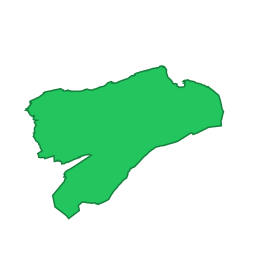 outline of Meldal nor, Sør-Trøndelag, Norway, rotated 339°
{"feature_id": "86288312B14672421796799", "entity_name": "Meldal nor", "entity_type": "district", "adm_level": 2, "iso_a3": "NOR", "parent_name": "Norway", "parent_adm1": "Sør-Trøndelag", "projection": "robinson", "projection_center": [9.604, 63.038], "detail": "fine", "context": "isolated", "style": "filled", "palette": "green", "viewbox_px": 256, "rotation_deg": 339, "n_neighbors": 0, "source": "geoboundaries", "source_scale": "gbopen_adm2", "svg_char_len": 5222}
<svg xmlns="http://www.w3.org/2000/svg" viewBox="0 0 256 256"><g transform="rotate(339 128 128)"><path d="M48.3,67.7L46.1,68.0L45.9,68.2L46.1,68.4L46.1,68.5L46.1,68.8L46.4,68.9L46.3,69.0L46.0,69.1L45.9,69.2L46.0,69.4L45.7,69.5L45.8,69.6L46.1,69.7L46.0,69.8L46.0,70.0L46.6,70.2L46.5,70.4L46.4,70.4L46.5,70.5L46.0,70.7L45.9,71.0L45.4,71.3L45.3,71.5L44.8,71.5L44.1,71.7L44.1,71.8L44.0,72.0L43.6,72.0L43.9,72.1L43.6,72.3L43.5,72.5L42.9,72.9L42.6,73.0L42.3,73.1L42.2,73.3L41.7,73.3L41.6,73.6L41.1,73.7L40.8,73.7L40.7,73.9L40.3,73.8L40.4,74.0L40.2,74.2L39.9,74.3L39.6,74.2L39.6,74.3L39.8,74.5L39.5,74.6L39.8,74.7L39.4,74.8L39.7,74.9L39.8,75.0L39.7,75.1L40.0,75.3L39.9,75.6L40.3,75.9L40.6,76.0L40.9,76.4L41.0,77.2L40.8,77.7L41.2,79.5L41.4,80.8L42.4,82.2L42.8,83.0L44.3,82.7L44.4,82.9L44.9,83.1L44.8,83.5L43.7,84.4L42.7,86.0L43.1,86.7L43.7,87.1L45.2,87.8L45.7,88.1L44.7,88.1L43.3,88.9L42.6,89.1L42.8,90.7L43.4,92.3L40.6,94.6L40.1,96.0L39.7,96.9L39.3,99.1L38.0,98.9L37.8,100.6L37.1,101.9L36.7,101.9L36.8,102.7L37.4,105.6L37.4,106.8L37.8,107.5L38.7,108.9L38.8,109.3L39.1,109.8L39.1,110.3L38.9,111.0L38.9,111.4L39.3,112.2L39.4,113.2L39.0,115.4L39.4,116.6L39.3,117.8L39.6,118.5L38.0,118.8L34.6,119.5L34.8,120.9L34.2,123.4L35.8,124.4L37.6,124.9L38.0,125.1L38.3,125.1L39.0,125.3L39.3,126.4L39.4,126.8L42.1,127.0L44.9,127.1L45.3,127.1L46.2,127.4L47.5,127.3L48.4,127.3L48.9,127.5L47.2,132.8L51.0,133.6L50.8,132.9L51.2,132.9L51.9,134.4L52.7,134.6L53.4,135.0L53.5,135.7L53.5,136.7L53.3,137.7L53.5,138.0L55.3,138.0L55.5,138.4L55.9,138.4L56.0,138.4L56.7,138.3L57.6,138.0L59.2,137.9L59.3,137.9L59.6,138.3L59.6,138.5L66.5,138.0L70.9,138.2L72.2,138.2L72.0,137.9L71.9,137.5L73.0,137.7L73.6,137.6L73.9,137.6L74.2,137.5L74.7,137.7L75.9,137.7L77.3,137.9L78.5,137.7L79.5,138.1L79.8,138.1L81.1,138.7L81.5,138.7L82.0,138.5L82.6,139.0L82.9,139.8L83.8,140.3L64.4,144.6L59.1,145.6L56.1,145.9L53.5,146.8L51.8,148.1L52.7,149.0L51.1,150.3L50.7,150.9L51.9,151.2L52.5,151.8L52.0,152.0L51.3,152.8L50.2,153.6L49.7,154.9L33.5,164.0L31.6,175.5L39.2,187.8L39.6,189.5L40.2,191.3L53.0,187.5L53.8,182.6L58.9,180.7L66.8,185.0L70.9,186.3L71.0,187.3L73.2,188.7L73.4,188.4L75.4,188.5L80.8,188.2L84.4,187.7L86.8,185.6L91.2,182.4L93.4,181.1L97.1,179.3L97.6,178.8L98.1,178.3L100.3,177.5L102.7,176.3L103.8,175.5L106.2,174.7L107.0,174.5L107.2,174.3L108.4,174.3L108.8,174.0L111.2,171.3L111.5,170.3L111.9,169.7L112.5,169.3L114.1,168.5L114.4,168.2L115.0,167.4L115.6,167.0L115.8,167.1L116.3,167.0L116.3,166.8L116.6,166.8L116.9,166.8L116.9,166.6L118.3,166.6L119.0,166.6L120.0,166.6L120.5,166.3L120.8,166.3L121.5,166.1L122.4,165.5L122.8,165.2L123.5,165.0L125.8,163.9L126.3,163.8L127.2,163.1L129.5,162.1L130.8,161.3L132.4,160.6L134.2,159.9L135.6,159.6L138.3,158.3L139.3,157.9L142.0,157.1L142.4,156.9L143.0,156.7L143.3,156.8L143.7,156.8L144.7,156.5L145.0,156.3L145.5,156.2L147.2,155.8L148.1,155.9L150.2,156.3L150.5,156.3L152.2,156.3L153.2,156.6L153.8,156.9L154.9,157.1L156.8,157.3L157.6,157.3L158.5,157.5L158.9,157.4L162.2,157.7L162.9,157.8L167.8,158.2L170.2,158.1L184.4,155.3L185.5,155.3L186.0,155.6L186.0,155.9L186.5,157.4L191.4,157.4L203.5,156.2L216.0,159.4L217.2,155.0L219.5,152.0L221.9,148.3L223.0,147.2L222.6,143.8L223.5,139.5L223.6,138.1L224.0,135.9L224.4,130.1L220.6,123.2L220.0,122.1L219.4,121.4L217.4,117.9L216.3,118.1L215.3,116.7L215.1,116.1L214.8,115.6L213.9,115.3L213.4,114.9L213.0,114.5L211.9,113.1L210.9,112.5L210.1,111.8L207.3,110.1L207.2,109.4L207.0,109.1L206.2,108.4L205.4,107.8L203.7,106.8L202.3,105.8L201.5,105.4L201.6,105.0L201.4,104.7L201.0,104.5L200.2,104.4L197.4,103.8L196.3,104.1L196.8,104.4L197.4,105.0L197.8,105.3L196.8,105.9L196.0,106.0L196.6,106.7L196.9,107.5L196.0,108.9L195.3,109.4L194.6,109.8L193.0,109.1L191.2,108.5L189.9,108.4L190.0,107.9L189.7,107.2L188.6,106.2L189.0,105.6L189.5,104.7L188.7,104.0L188.6,103.8L186.3,103.0L185.8,102.7L186.0,102.0L186.0,101.6L185.7,101.1L185.8,100.2L185.7,99.9L185.1,98.3L184.7,97.4L183.4,95.1L183.7,89.9L184.8,87.5L184.0,83.9L182.5,83.6L182.8,82.7L180.5,81.8L180.0,81.8L178.3,82.6L175.8,82.0L174.3,82.0L173.9,81.8L173.6,81.5L171.6,81.3L167.1,81.3L167.3,81.0L159.1,80.1L154.9,79.9L153.2,80.2L153.1,80.4L153.5,81.0L153.0,81.3L151.7,81.2L151.8,81.2L151.4,81.0L151.4,80.9L150.7,80.7L150.3,80.5L149.8,80.9L148.7,80.7L146.1,81.8L138.9,81.5L138.0,81.6L136.8,81.5L136.5,81.6L135.8,81.5L135.5,81.6L135.0,81.6L134.1,81.8L133.1,81.7L132.7,81.7L132.1,81.5L131.8,81.1L131.6,81.0L129.9,80.6L129.6,80.6L129.2,80.4L129.3,80.2L129.5,80.1L129.5,79.8L129.7,79.7L129.4,79.5L129.2,78.9L128.7,78.6L128.6,78.8L125.5,78.6L124.0,79.3L123.2,79.5L122.0,80.1L120.3,80.4L118.7,80.1L116.7,80.0L116.5,79.7L116.3,79.8L114.9,79.9L113.8,79.9L111.0,80.0L110.5,79.6L109.8,79.7L107.9,79.8L106.6,79.0L105.8,78.8L104.8,77.9L104.2,77.5L104.1,77.3L103.4,77.0L102.4,76.8L102.1,77.1L101.8,77.1L101.6,76.8L100.1,76.8L99.2,77.0L97.6,76.9L97.2,76.7L95.8,76.2L95.2,76.1L93.7,75.5L88.2,73.4L87.8,73.2L87.7,72.8L85.3,71.7L85.3,71.3L85.4,71.2L83.5,70.9L82.5,71.0L81.1,70.3L80.9,70.0L80.9,69.6L81.1,69.4L79.8,68.4L79.8,68.0L79.7,67.7L79.3,67.2L73.6,66.3L71.9,65.9L71.5,65.8L70.9,65.9L69.7,65.9L68.8,65.6L64.0,64.7L61.9,64.9L61.9,65.6L55.5,67.4L53.5,67.3L52.3,67.7L51.4,67.7L50.7,67.6L49.4,67.8L48.3,67.7Z" fill="#22c55e" stroke="#15803d" stroke-width="1.5"/></g></svg>